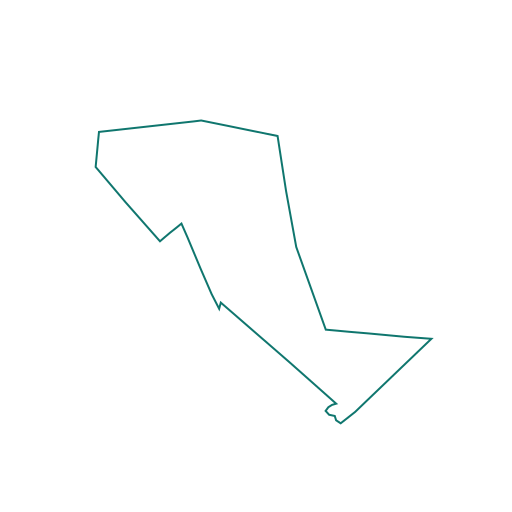 Olho d'Água das Flores, Alagoas, Brazil, rotated 24°
{"feature_id": "56859067B45898095484445", "entity_name": "Olho d'Água das Flores", "entity_type": "district", "adm_level": 2, "iso_a3": "BRA", "parent_name": "Brazil", "parent_adm1": "Alagoas", "projection": "albers", "projection_center": [-37.25, -9.536], "detail": "fine", "context": "isolated", "style": "outline", "palette": "teal", "viewbox_px": 512, "rotation_deg": 24, "n_neighbors": 0, "source": "geoboundaries", "source_scale": "gbopen_adm2", "svg_char_len": 676}
<svg xmlns="http://www.w3.org/2000/svg" viewBox="0 0 512 512"><g transform="rotate(24 256 256)"><path d="M73.3,239.9L110.3,257.7L114.4,259.7L162.3,281.6L165.0,275.9L168.1,269.5L172.3,261.5L174.7,256.7L185.9,266.9L210.3,289.9L230.9,308.8L243.8,319.2L242.8,312.9L330.0,339.5L337.6,341.9L389.3,358.3L386.0,361.1L383.6,364.7L382.6,369.2L387.4,371.3L393.0,370.1L396.0,373.5L401.4,374.4L410.0,358.1L415.8,343.8L449.9,260.3L424.8,269.3L389.9,281.1L371.5,287.5L362.6,290.5L349.7,294.9L289.1,231.4L257.1,184.5L226.9,137.6L193.6,145.0L178.6,148.3L150.8,154.5L144.5,158.3L116.8,174.5L62.1,206.5L64.5,213.8L66.3,219.1L73.3,239.9Z" fill="none" stroke="#0f766e" stroke-width="2"/></g></svg>